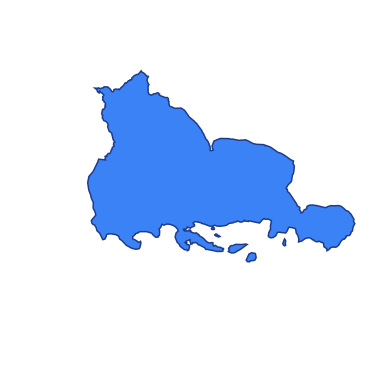 Central Malekula, Malampa, Vanuatu (Robinson projection), rotated 135°
{"feature_id": "77236927B27410418950848", "entity_name": "Central Malekula", "entity_type": "district", "adm_level": 2, "iso_a3": "VUT", "parent_name": "Vanuatu", "parent_adm1": "Malampa", "projection": "robinson", "projection_center": [167.441, -16.165], "detail": "fine", "context": "isolated", "style": "filled", "palette": "blue", "viewbox_px": 384, "rotation_deg": 135, "n_neighbors": 0, "source": "geoboundaries", "source_scale": "gbopen_adm2", "svg_char_len": 6086}
<svg xmlns="http://www.w3.org/2000/svg" viewBox="0 0 384 384"><g transform="rotate(135 192 192)"><path d="M288.8,221.4L286.9,220.3L283.9,221.3L282.8,222.2L281.8,222.1L279.1,220.1L276.0,215.7L275.1,212.6L276.4,210.0L275.9,207.1L276.1,200.7L274.4,194.9L272.4,191.5L270.7,190.0L269.2,189.3L268.4,189.5L265.5,191.1L263.7,192.6L263.3,193.5L265.1,193.7L266.3,199.2L267.0,200.0L266.9,200.9L265.4,202.4L262.2,202.1L261.5,202.6L259.9,201.6L256.9,200.8L252.1,196.0L249.6,191.4L249.9,189.7L249.7,185.8L247.9,184.1L247.2,184.8L246.0,184.3L244.7,185.2L242.0,187.8L241.5,189.2L239.2,189.1L236.1,190.4L235.3,188.4L232.7,187.3L230.8,185.3L228.9,181.8L228.3,178.8L228.5,175.8L229.5,174.2L232.1,174.3L235.8,172.1L238.0,167.0L238.1,163.5L238.8,162.0L238.1,156.6L236.0,154.0L236.5,153.7L235.4,153.3L233.2,154.5L231.4,156.1L232.1,157.8L232.8,158.3L232.3,159.3L231.6,159.7L231.3,160.8L232.6,160.3L232.8,161.2L231.8,161.0L230.5,161.3L227.1,159.7L228.6,158.3L228.7,157.4L229.7,155.8L228.5,155.2L227.6,155.7L224.9,153.3L224.6,152.0L224.9,150.4L223.9,148.5L222.5,143.7L222.8,141.5L221.9,140.8L216.1,132.0L212.8,128.8L211.7,128.4L210.9,129.6L209.9,129.4L209.7,129.8L210.6,131.1L210.8,132.5L212.6,134.7L213.3,137.9L214.9,138.4L214.8,139.3L213.1,141.3L213.6,142.2L215.4,143.3L216.6,145.4L216.8,148.8L216.6,149.8L216.9,152.9L217.8,155.8L217.3,156.8L217.9,160.2L218.5,160.3L219.7,161.6L221.1,164.7L221.4,165.7L221.1,165.0L220.4,165.1L220.2,166.6L221.2,167.3L221.8,166.8L224.8,169.8L224.8,170.7L224.3,170.4L223.8,171.5L222.9,170.0L220.9,170.0L220.1,170.7L218.7,167.5L217.6,167.5L214.3,166.2L213.3,167.1L213.2,167.7L213.7,168.5L213.1,169.2L211.7,169.2L210.3,168.4L207.3,163.8L207.5,163.0L206.3,161.3L203.5,155.1L201.4,153.1L199.7,152.8L198.5,150.4L196.8,148.3L192.8,145.1L190.4,143.9L188.0,143.6L184.5,141.0L183.7,141.0L181.4,139.4L180.3,139.5L179.2,136.6L177.5,135.3L175.9,134.6L175.0,135.1L174.5,132.9L173.5,132.3L173.0,131.3L172.3,131.5L172.0,131.2L166.2,122.3L161.9,122.6L159.7,122.2L159.6,121.1L157.5,119.1L156.7,117.7L156.2,114.7L156.5,115.2L160.5,112.6L162.7,110.2L166.4,109.0L169.3,106.8L169.4,105.5L168.6,103.7L166.9,102.5L163.7,101.8L160.5,102.9L159.4,102.6L154.7,96.7L151.8,97.3L148.9,98.6L148.3,98.4L146.5,96.2L145.0,93.4L145.0,92.5L147.3,89.2L147.9,86.4L149.8,83.1L152.0,81.4L148.9,79.6L146.1,79.3L143.6,78.4L141.5,76.8L140.6,75.0L140.6,73.0L139.8,72.4L140.0,71.8L139.7,69.7L138.2,67.8L136.9,67.4L136.0,64.7L135.5,64.3L135.4,62.6L137.4,59.9L136.8,56.6L138.1,55.1L136.3,54.5L133.1,54.5L130.9,53.3L130.8,52.8L129.2,51.2L128.1,50.8L125.6,50.7L120.9,52.0L117.7,51.5L117.5,50.9L115.0,51.1L114.2,51.9L111.2,49.9L108.9,50.4L107.8,51.1L106.1,51.0L102.9,53.4L99.3,54.5L98.5,57.1L96.8,58.1L95.3,63.8L95.2,66.6L95.3,68.2L96.3,70.3L96.2,72.9L96.7,76.5L97.9,78.7L102.2,82.6L103.0,83.8L106.0,85.6L108.0,86.1L109.2,87.2L113.4,94.2L116.0,97.6L118.2,99.6L120.8,100.5L122.9,99.1L125.4,100.1L127.7,99.4L129.7,99.9L128.9,101.2L128.4,103.7L126.9,104.5L126.7,105.4L127.4,107.9L126.5,109.3L123.9,122.3L124.1,124.6L122.7,126.6L123.1,127.2L122.7,128.1L119.1,129.1L114.8,129.1L113.4,129.7L109.0,133.0L107.6,133.2L105.2,134.7L101.3,138.0L100.3,140.9L98.3,142.1L99.3,144.8L100.7,152.8L101.7,156.5L103.2,159.4L104.7,168.0L106.7,172.5L107.7,173.2L107.3,173.6L108.0,175.0L112.8,180.3L114.7,183.4L116.3,188.9L117.5,191.4L119.5,192.6L120.1,193.6L122.2,195.2L126.0,200.9L127.2,201.9L128.1,203.6L134.2,209.9L140.4,212.5L145.1,210.5L146.7,208.4L147.1,206.7L148.8,207.2L149.7,208.5L146.9,211.6L146.7,212.8L145.8,214.1L144.7,217.5L144.8,219.5L142.6,225.2L142.3,227.6L141.7,228.1L140.2,237.7L140.5,238.9L140.3,240.4L140.9,247.0L139.5,254.9L140.3,259.0L144.9,263.2L147.0,268.4L147.0,269.0L145.1,271.8L144.3,272.1L144.1,273.7L143.0,274.2L142.5,276.0L144.1,277.7L146.4,282.7L146.5,284.1L145.8,284.2L146.0,284.9L145.7,285.6L146.0,286.3L147.0,287.0L148.6,287.4L149.5,288.4L152.3,289.2L153.2,291.6L152.6,293.3L149.0,297.2L147.1,298.5L146.5,298.4L146.2,300.1L145.0,302.6L143.9,303.5L141.2,304.5L141.2,305.0L142.2,306.1L141.9,307.3L142.2,307.9L141.8,309.1L142.6,312.5L142.3,313.6L147.0,313.2L147.9,314.2L150.7,315.1L153.9,315.2L154.8,314.2L155.4,314.2L156.5,315.1L156.9,314.6L158.4,315.6L161.1,315.4L162.0,316.4L165.6,315.7L168.5,316.0L171.0,315.7L171.2,316.7L172.6,317.7L173.1,318.8L174.9,319.6L176.2,318.7L177.2,318.8L177.6,319.7L177.1,322.7L177.3,326.0L178.5,326.7L178.8,327.7L180.0,328.6L180.9,328.4L184.0,330.2L184.4,331.7L185.3,332.0L187.2,334.1L186.9,331.6L188.0,329.5L187.7,329.1L187.7,327.8L186.1,328.7L185.9,328.1L186.2,326.6L185.6,325.4L185.8,324.4L185.5,323.5L186.2,322.6L187.6,322.6L188.3,322.0L188.4,321.3L189.8,320.6L190.2,320.0L189.8,318.8L190.5,317.9L190.4,315.9L191.5,314.8L192.0,315.0L192.7,314.4L192.7,313.6L196.1,312.8L196.7,313.6L197.4,313.3L200.0,311.6L200.9,310.5L200.9,309.3L201.6,309.1L203.3,307.4L203.2,306.3L203.9,305.0L202.8,302.2L203.2,299.7L204.2,298.6L205.4,298.0L207.4,294.0L207.6,293.3L207.1,290.6L210.7,284.8L211.2,281.9L212.1,282.2L212.9,281.9L214.3,280.8L214.2,280.0L215.0,279.4L216.7,279.9L218.4,278.8L219.7,278.7L221.0,277.8L223.1,277.3L224.0,278.5L226.4,278.2L226.9,277.5L227.8,278.6L228.4,278.6L228.6,277.7L230.2,276.8L230.5,275.9L234.8,281.2L237.6,279.8L247.4,276.4L253.9,275.9L259.1,272.4L263.6,266.4L265.8,261.5L267.7,258.6L269.3,254.2L273.2,250.7L274.8,246.1L276.5,243.6L283.3,243.1L284.8,240.9L284.9,239.1L284.3,237.8L284.8,235.0L286.6,231.7L286.4,228.1L288.8,221.4ZM190.1,115.9L190.8,117.2L194.3,120.0L198.0,124.0L201.3,125.4L202.1,126.3L203.6,126.7L204.6,126.2L205.6,126.4L206.2,126.1L206.6,124.7L208.5,124.2L207.2,121.0L204.9,119.0L197.8,117.1L190.1,115.9ZM195.6,107.8L201.9,105.5L202.1,103.5L200.6,101.9L199.5,102.1L196.7,99.8L195.4,99.4L193.1,100.2L191.0,103.1L190.8,104.0L192.9,107.0L195.6,107.8ZM164.0,91.5L164.7,90.5L164.8,89.0L164.5,88.3L163.3,88.2L163.0,89.0L160.4,91.2L159.9,92.1L159.8,93.4L164.0,91.5ZM204.8,145.4L206.1,145.7L206.4,145.3L206.2,144.0L205.1,141.6L203.7,140.7L203.8,142.3L204.6,142.8L204.2,144.4L204.8,145.4ZM202.4,149.9L201.7,150.8L201.8,151.8L203.0,152.6L204.2,152.4L204.4,151.9L204.1,150.9L202.9,149.9L202.4,149.9Z" fill="#3b82f6" stroke="#1e3a8a" stroke-width="1.5"/></g></svg>